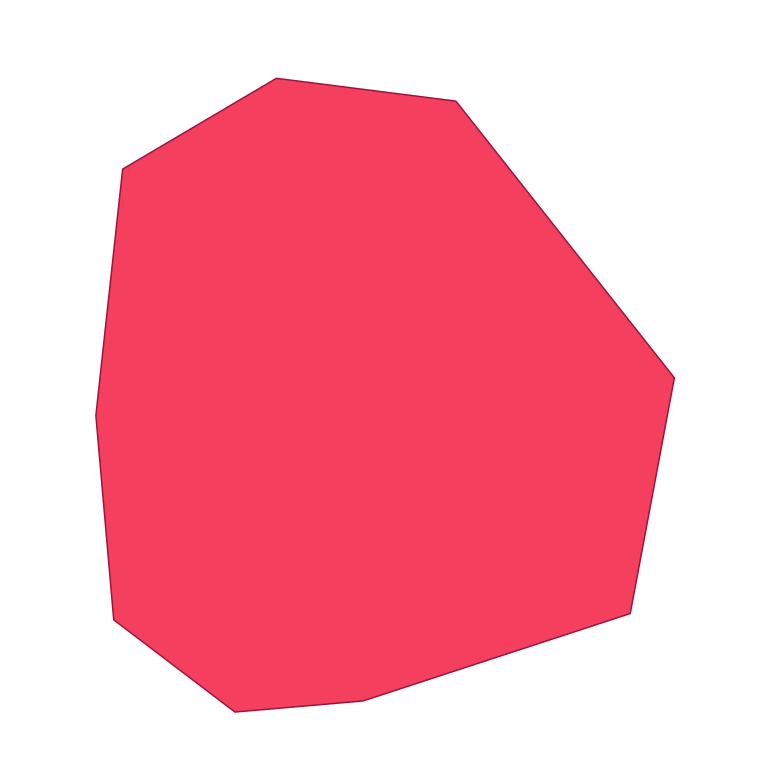 SVG path tracing the border of Leicester, rotated 265°
{"feature_id": "GBR-2761", "entity_name": "Leicester", "entity_type": "Unitary Authority", "adm_level": 1, "iso_a3": "GBR", "parent_name": "United Kingdom", "parent_adm1": "", "projection": "equal_earth", "projection_center": [-1.124, 52.611], "detail": "fine", "context": "isolated", "style": "filled", "palette": "rose", "viewbox_px": 768, "rotation_deg": 265, "n_neighbors": 0, "source": "natural_earth", "source_scale": "10m", "svg_char_len": 286}
<svg xmlns="http://www.w3.org/2000/svg" viewBox="0 0 768 768"><g transform="rotate(265 384 384)"><path d="M377.6,94.2L620.9,142.4L697.9,303.4L659.5,480.3L364.8,673.8L133.9,609.3L70.1,335.5L70.2,206.9L172.6,94.2L377.6,94.2Z" fill="#f43f5e" stroke="#9f1239" stroke-width="1.5"/></g></svg>